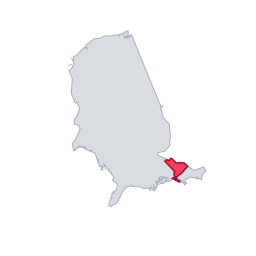 New York on a map of United States of America (Albers equal-area conic projection), rotated 44°
{"feature_id": "USA-3559", "entity_name": "New York", "entity_type": "State", "adm_level": 1, "iso_a3": "USA", "parent_name": "United States of America", "parent_adm1": "", "projection": "albers", "projection_center": [-74.009, 42.755], "detail": "fine", "context": "in_parent", "style": "filled", "palette": "rose", "viewbox_px": 256, "rotation_deg": 44, "n_neighbors": 0, "source": "natural_earth", "source_scale": "10m", "svg_char_len": 6909}
<svg xmlns="http://www.w3.org/2000/svg" viewBox="0 0 256 256"><g transform="rotate(44 128 128)"><path d="M193.6,114.1L205.1,112.8L209.4,103.3L213.7,104.6L214.1,110.3L216.8,114.0L212.5,115.7L212.3,116.7L211.6,115.4L210.6,117.8L207.2,119.5L205.0,125.3L207.0,127.7L208.4,127.3L208.0,126.3L208.4,126.7L208.6,127.9L204.7,128.9L204.0,127.6L203.6,129.4L199.1,129.9L195.8,132.2L196.1,130.9L195.8,130.1L194.9,133.1L195.8,133.7L195.4,136.3L193.1,139.6L190.7,137.5L192.2,135.4L190.5,136.9L191.1,139.2L192.1,140.5L192.2,142.0L189.1,147.4L190.1,144.0L187.9,140.7L189.6,137.4L187.2,138.3L187.9,143.4L185.7,141.8L184.9,141.9L185.7,140.4L185.7,139.9L184.9,141.1L184.8,142.2L188.1,144.2L187.3,145.1L185.8,143.3L185.3,143.0L187.1,145.1L187.9,145.6L187.4,146.8L186.4,145.8L187.9,147.8L187.5,148.0L186.8,147.0L184.7,146.5L187.2,148.4L188.9,148.4L190.4,153.0L189.0,149.5L189.4,151.8L186.3,151.2L188.5,153.6L189.6,152.9L188.1,155.0L185.1,154.1L186.9,155.3L185.3,156.3L187.1,157.1L183.7,157.4L181.7,160.7L178.4,161.4L171.7,167.0L171.0,166.3L168.1,171.6L167.8,172.9L168.4,177.2L172.0,189.9L169.9,196.2L167.3,196.4L165.2,192.8L165.1,189.8L161.9,186.2L163.3,184.8L161.6,184.7L162.8,180.5L159.3,175.7L153.1,176.0L152.4,173.4L146.5,172.3L147.4,171.4L146.2,172.2L143.5,172.2L143.8,170.3L143.1,171.6L134.9,170.5L138.2,172.1L136.7,173.6L139.0,175.8L137.5,176.4L135.0,173.6L134.4,175.4L130.6,173.8L128.8,171.1L127.2,171.9L121.8,168.9L117.8,170.5L118.9,170.0L117.2,168.9L115.5,171.7L111.5,172.7L112.4,172.3L110.2,171.4L110.7,172.6L107.7,173.1L105.7,176.0L104.6,175.2L105.4,176.4L104.8,179.4L105.4,181.5L104.4,181.9L98.4,177.7L98.3,172.9L94.2,162.0L91.0,160.3L86.5,162.6L83.3,158.8L82.9,154.2L79.5,147.5L73.5,145.0L72.8,146.7L63.2,142.5L53.8,131.3L45.7,127.8L46.2,124.4L44.5,119.9L39.2,114.0L40.4,112.0L40.5,100.0L41.2,99.2L41.6,101.0L42.1,98.7L44.4,99.9L40.1,97.5L41.8,87.0L45.3,83.2L47.3,77.7L50.4,75.2L56.9,66.6L58.6,68.1L56.8,66.2L59.0,64.2L58.2,63.8L60.3,57.8L64.3,61.8L61.7,63.8L64.4,62.9L62.8,65.1L61.4,64.9L62.1,65.5L63.5,65.1L65.3,63.0L66.2,58.7L136.9,89.8L137.3,88.2L138.1,91.2L146.1,96.0L155.0,96.6L166.0,105.8L166.3,107.8L170.2,111.3L170.7,119.0L166.9,124.7L168.2,126.8L180.0,123.0L179.8,120.1L180.8,119.7L187.0,119.8L193.6,114.1ZM200.5,131.1L202.4,130.8L195.6,132.7L201.2,130.4L200.5,131.1ZM65.2,61.1L64.9,62.9L64.7,63.1L64.6,61.5L65.2,61.1ZM105.4,181.0L105.3,178.1L105.7,176.6L105.4,178.2L105.4,181.0ZM213.0,115.8L213.0,116.7L212.7,116.5L213.0,115.8ZM128.7,171.9L128.7,172.6L128.2,171.9L128.7,171.9ZM40.4,117.7L41.3,117.9L41.3,118.0L40.4,117.7ZM39.7,117.0L39.2,117.2L39.2,116.7L39.7,117.0ZM206.5,129.0L206.0,129.5L205.8,129.4L206.5,129.0ZM106.6,175.4L105.8,176.4L107.7,174.5L106.6,175.4ZM171.0,185.7L171.7,188.2L170.9,185.5L171.0,185.7ZM43.2,121.8L43.2,122.6L43.1,121.8L43.2,121.8ZM170.2,196.6L169.4,197.3L170.8,195.8L170.2,196.6ZM190.6,154.6L189.8,155.6L190.5,153.3L190.6,154.6ZM65.3,59.5L65.1,60.0L64.9,59.6L65.3,59.5ZM110.6,173.1L109.2,173.3L110.7,172.9L110.6,173.1ZM208.3,129.1L208.3,129.8L207.7,129.6L208.3,129.1ZM42.3,123.4L42.1,124.3L42.1,123.4L42.3,123.4ZM108.8,173.6L108.2,173.8L108.8,173.4L108.8,173.6ZM191.9,143.1L191.1,144.4L192.0,142.6L191.9,143.1ZM117.3,170.9L116.4,171.2L117.8,170.6L117.3,170.9ZM168.2,172.3L168.0,173.3L167.9,172.6L168.2,172.3ZM187.4,157.3L187.1,157.5L188.0,156.7L187.4,157.3ZM155.3,176.1L154.2,176.5L153.8,176.3L155.3,176.1ZM143.1,172.0L142.9,172.1L142.3,172.0L143.1,172.0ZM163.9,189.8L164.0,190.5L163.7,189.6L163.9,189.8ZM140.3,172.9L140.0,173.5L140.2,172.4L140.3,172.9ZM167.7,198.1L167.1,198.2L167.9,198.0L167.7,198.1ZM195.3,136.7L194.9,137.4L195.4,136.5L195.3,136.7ZM189.2,155.7L188.8,156.0L189.2,155.7Z" fill="#d9dde1" stroke="#a8b0b8" stroke-width="1"/><path d="M177.7,124.0L180.1,123.0L180.2,122.8L180.4,122.6L180.4,122.4L180.2,122.3L180.1,122.2L180.1,121.9L180.0,121.7L180.1,121.4L180.1,121.0L180.0,120.7L179.8,120.2L181.1,119.6L181.3,119.5L187.0,119.8L187.1,119.7L188.2,117.9L188.5,117.6L189.0,117.3L189.1,117.2L189.4,116.8L190.0,116.6L190.2,116.3L190.4,116.1L190.6,115.8L191.9,114.7L192.3,114.4L192.5,114.3L192.7,114.2L192.9,114.1L193.0,114.1L193.6,114.1L197.7,114.1L197.7,114.4L197.6,114.6L197.6,114.8L197.7,115.0L197.7,115.3L197.6,115.6L197.6,115.9L197.8,116.3L197.8,116.6L197.7,116.8L197.8,117.1L197.8,117.3L197.7,117.4L197.6,117.5L197.5,118.0L197.4,118.1L197.5,118.3L197.5,118.5L197.6,118.9L197.6,119.1L197.7,119.3L197.5,119.9L197.5,120.0L197.8,119.9L197.9,120.0L198.0,120.3L198.0,123.2L198.0,123.4L197.9,123.5L198.0,123.7L197.3,126.5L197.2,129.9L197.4,130.2L196.6,130.7L196.8,131.0L196.7,131.3L196.5,131.5L196.4,131.6L196.3,131.8L196.1,131.9L196.1,132.0L195.9,132.0L195.9,131.9L196.0,131.7L196.0,131.4L196.1,131.1L196.1,130.6L196.1,130.3L195.9,130.1L195.9,129.9L195.8,130.0L195.9,130.3L196.0,130.4L196.0,130.7L196.0,131.1L193.5,129.6L193.3,129.3L193.2,129.3L193.1,129.2L192.9,129.2L192.6,129.0L192.4,128.6L192.4,128.2L192.4,127.9L192.2,127.7L192.3,127.6L192.2,127.5L192.1,127.4L191.8,127.4L191.7,127.1L191.5,126.9L177.5,126.3L177.7,124.0ZM202.4,130.8L202.3,130.7L202.6,130.7L202.5,130.8L202.4,130.9L201.9,131.1L200.8,131.7L200.7,131.7L200.5,131.8L200.4,131.8L199.8,132.1L200.1,131.9L199.9,131.9L199.7,132.0L199.4,132.2L199.2,132.1L198.9,132.2L198.6,132.3L198.4,132.4L198.2,132.3L197.9,132.5L197.7,132.6L197.1,132.7L196.8,132.8L196.8,132.7L196.7,132.7L196.6,132.8L197.1,132.8L196.7,132.9L196.3,132.9L195.9,133.1L196.4,132.8L196.5,132.7L196.4,132.7L196.1,132.7L196.1,132.8L195.9,132.9L195.7,133.0L195.7,132.9L195.6,132.7L195.7,132.4L195.8,132.4L195.8,132.2L196.0,132.0L196.3,132.0L196.5,132.1L196.5,131.9L196.6,132.0L196.7,131.9L196.6,131.7L196.8,131.7L196.8,131.9L196.8,131.7L197.1,131.5L197.3,131.5L197.2,131.6L197.3,131.6L197.3,131.4L197.5,131.4L197.5,131.5L197.8,131.5L197.8,131.4L197.6,131.4L198.0,131.4L198.2,131.5L198.3,131.5L198.4,131.4L198.6,131.2L198.6,131.3L198.6,131.2L198.8,131.3L198.9,131.2L199.2,131.3L199.5,131.2L199.9,131.2L200.1,131.2L200.6,130.8L200.7,130.7L200.8,130.7L201.0,130.5L201.2,130.4L201.3,130.4L201.3,130.5L201.2,130.6L200.8,130.8L200.7,131.0L200.4,131.2L200.4,131.3L200.2,131.4L200.1,131.5L200.3,131.5L200.5,131.5L200.7,131.3L200.8,131.3L201.0,131.1L201.1,130.9L201.2,131.0L201.3,131.1L201.4,130.9L201.5,131.0L201.5,130.9L201.7,131.0L201.8,131.0L202.0,131.0L202.1,130.8L202.3,130.8L202.3,130.7L202.4,130.8L202.4,130.8ZM195.3,132.7L195.5,132.6L195.5,132.8L195.4,133.0L195.2,133.1L194.9,133.3L194.9,133.2L195.0,133.0L195.1,132.7L195.3,132.7ZM199.1,132.3L199.6,132.1L198.8,132.5L198.5,132.6L198.1,132.7L198.8,132.5L199.1,132.3ZM195.9,132.0L195.8,132.3L195.7,132.4L195.7,132.2L195.9,131.6L196.0,131.7L195.9,131.9L195.9,132.0ZM198.1,132.6L197.9,132.7L197.1,132.9L197.8,132.6L198.1,132.6L198.1,132.6ZM201.0,130.7L201.2,130.8L200.9,130.8L201.0,130.7L201.0,130.7ZM202.1,130.0L202.0,129.9L202.4,129.8L202.2,129.9L202.1,130.0ZM201.7,130.5L201.8,130.6L201.8,130.8L201.8,130.7L201.7,130.6L201.7,130.5Z" fill="#f43f5e" stroke="#9f1239" stroke-width="1.5"/></g></svg>